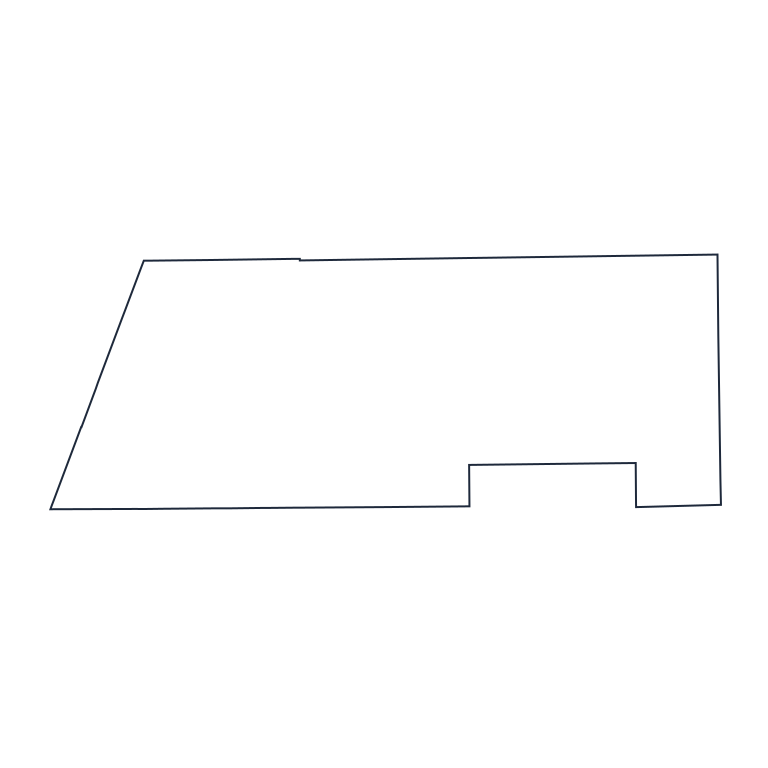 San Lorenzo, Chaco, Argentina, rotated 269°
{"feature_id": "61730980B68692027499582", "entity_name": "San Lorenzo", "entity_type": "district", "adm_level": 2, "iso_a3": "ARG", "parent_name": "Argentina", "parent_adm1": "Chaco", "projection": "orthographic", "projection_center": [-60.378, -27.376], "detail": "fine", "context": "isolated", "style": "outline", "palette": "slate", "viewbox_px": 768, "rotation_deg": 269, "n_neighbors": 0, "source": "geoboundaries", "source_scale": "gbopen_adm2", "svg_char_len": 709}
<svg xmlns="http://www.w3.org/2000/svg" viewBox="0 0 768 768"><g transform="rotate(269 384 384)"><path d="M510.6,302.0L510.7,294.1L511.0,212.5L511.4,152.8L511.5,146.0L505.8,143.7L500.3,141.5L492.7,138.5L469.5,129.3L461.9,126.3L454.7,123.4L390.2,97.9L384.4,95.8L377.3,93.0L353.8,83.8L346.2,80.8L346.3,80.5L272.8,51.5L268.6,49.8L264.6,48.3L263.4,133.5L263.2,141.9L263.1,161.6L262.6,216.8L262.4,224.4L262.2,260.5L262.1,267.5L261.9,292.2L261.8,299.4L260.9,383.5L260.2,467.3L301.6,467.7L300.9,592.9L300.6,634.3L259.4,633.9L256.5,633.9L257.3,718.8L282.4,718.7L426.0,719.1L507.6,719.7L507.9,637.0L508.4,491.6L508.5,469.1L508.8,374.3L509.0,302.0L510.6,302.0Z" fill="none" stroke="#1e293b" stroke-width="2"/></g></svg>